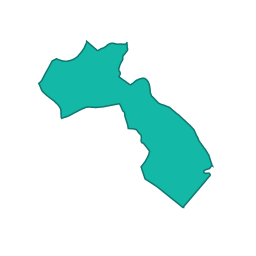 the district of Kaffrine, Kaffrine, Senegal, rotated 153°
{"feature_id": "50182788B43046627101076", "entity_name": "Kaffrine", "entity_type": "district", "adm_level": 2, "iso_a3": "SEN", "parent_name": "Senegal", "parent_adm1": "Kaffrine", "projection": "robinson", "projection_center": [-15.471, 14.163], "detail": "fine", "context": "isolated", "style": "filled", "palette": "teal", "viewbox_px": 256, "rotation_deg": 153, "n_neighbors": 0, "source": "geoboundaries", "source_scale": "gbopen_adm2", "svg_char_len": 5787}
<svg xmlns="http://www.w3.org/2000/svg" viewBox="0 0 256 256"><g transform="rotate(153 128 128)"><path d="M90.2,204.3L90.4,204.5L90.6,204.4L91.1,204.0L92.1,203.9L92.9,204.2L94.7,205.0L95.3,205.6L96.1,205.9L97.1,206.5L98.0,206.8L98.7,207.2L100.1,207.9L100.9,208.7L101.3,209.1L102.1,209.7L102.5,210.0L102.8,210.2L103.2,210.5L103.9,210.9L104.4,211.0L105.3,211.3L106.4,211.4L107.0,211.4L107.6,211.4L108.2,211.3L108.7,211.3L109.2,211.2L110.0,210.7L110.4,210.7L110.8,210.7L111.9,210.6L113.2,210.5L114.0,210.5L115.3,210.8L115.9,210.9L116.7,210.8L117.2,210.8L117.8,210.7L119.0,210.7L119.5,210.6L119.9,210.8L120.3,211.1L120.5,211.4L120.6,212.2L120.9,212.7L121.0,213.2L121.2,213.5L121.6,214.4L121.9,215.2L122.2,216.0L122.4,216.4L123.0,218.1L123.3,218.6L123.8,219.8L124.4,221.3L124.6,222.0L124.8,222.3L124.9,222.8L125.5,224.0L125.9,223.2L126.3,222.7L127.5,221.8L128.0,221.5L128.5,221.0L130.7,219.2L133.8,217.4L134.9,216.9L135.9,216.5L136.3,216.2L138.1,215.6L140.0,214.7L141.2,214.4L141.9,214.3L142.9,214.1L144.4,214.0L145.4,214.0L146.8,214.1L148.5,214.3L151.8,215.1L153.7,216.0L155.0,216.9L156.4,218.0L157.7,219.2L159.9,221.6L160.3,222.2L165.2,222.1L171.6,217.6L173.1,216.6L175.1,215.3L178.2,213.2L180.4,211.6L181.3,210.9L182.9,209.8L183.7,209.3L184.8,208.9L186.2,208.5L187.3,208.2L187.3,206.2L187.6,202.5L187.7,200.7L187.4,198.8L185.8,194.5L185.1,192.9L182.4,187.2L181.6,185.8L181.1,184.0L180.6,182.6L180.3,182.1L179.9,180.4L179.7,179.9L179.6,179.1L179.4,177.9L179.4,176.8L179.4,175.7L179.5,175.1L180.2,173.1L180.7,172.1L181.2,171.2L181.6,170.0L182.0,169.3L182.2,168.8L182.5,168.2L182.7,167.4L182.7,166.7L181.6,166.7L181.3,166.6L180.7,166.4L179.4,166.3L179.2,166.2L178.6,166.0L178.0,166.2L177.6,165.9L176.7,165.8L176.2,165.9L175.8,165.8L175.0,165.7L174.5,165.8L174.2,165.7L173.8,165.7L173.5,165.8L172.8,165.8L172.0,165.7L171.1,165.8L170.6,165.9L168.3,165.8L167.9,165.9L167.2,165.9L166.9,165.8L166.6,165.9L166.2,165.8L165.8,165.9L165.0,165.8L164.4,166.0L164.1,165.9L163.2,165.9L162.9,165.9L162.4,165.9L162.1,165.9L161.4,165.8L160.6,165.8L160.2,165.9L159.3,165.7L158.5,165.7L158.2,165.6L157.9,165.7L157.7,165.7L157.4,165.7L156.9,165.6L156.7,165.5L156.1,165.6L155.7,165.5L155.1,165.2L154.7,165.1L154.4,164.8L153.6,164.6L153.1,164.4L152.3,163.9L151.8,163.6L151.1,163.1L150.4,162.6L149.5,162.3L148.8,161.8L148.2,161.3L147.7,161.0L146.9,160.7L146.1,160.4L145.4,160.1L144.3,159.7L143.8,159.5L143.4,159.4L142.9,159.1L142.4,159.0L141.2,158.4L138.7,157.6L137.9,157.3L136.9,157.2L136.2,156.9L135.5,156.8L134.8,156.4L134.1,156.3L130.2,155.2L129.5,155.0L128.8,154.8L128.2,154.5L127.7,154.4L127.0,154.2L126.6,154.2L126.0,153.9L124.9,153.6L124.5,152.9L124.6,149.4L124.9,145.8L124.0,143.6L125.4,139.9L127.0,130.5L128.0,127.4L123.4,124.7L121.2,122.6L120.6,118.9L119.6,115.5L120.6,113.1L122.3,110.5L122.3,108.4L121.3,107.8L120.2,102.8L119.3,97.5L121.3,95.2L124.2,92.8L128.5,90.0L134.0,87.4L135.9,74.9L128.9,62.8L115.2,32.3L114.6,32.0L114.6,32.5L81.4,46.3L80.8,46.7L80.2,46.9L78.7,47.5L78.0,47.8L77.3,48.0L76.8,48.2L76.4,48.5L76.1,48.8L75.9,49.3L76.1,50.6L76.5,51.1L77.1,51.4L78.1,51.8L79.9,52.6L80.2,53.1L80.5,53.6L80.5,54.4L80.4,54.8L80.0,55.1L79.1,55.5L78.0,55.6L76.8,55.4L76.1,55.2L75.7,55.2L74.4,54.9L73.9,54.9L73.3,55.1L72.7,55.4L72.0,55.7L71.4,56.1L70.2,56.2L70.0,55.9L70.0,57.1L69.8,58.3L69.6,59.0L69.6,59.9L69.2,61.9L69.1,62.8L68.8,64.2L68.6,66.0L68.4,66.6L68.3,67.4L68.4,68.1L68.5,68.6L68.5,69.4L68.6,70.2L68.6,70.8L68.8,72.7L68.9,73.8L69.3,75.5L69.4,76.4L69.6,78.0L69.7,78.7L69.9,79.3L70.0,80.1L70.0,80.8L70.4,82.5L70.4,83.3L70.6,84.0L70.2,88.4L70.4,89.0L70.3,89.7L70.4,90.2L70.4,91.2L70.2,92.5L70.3,93.1L70.2,94.1L70.1,95.9L70.1,96.7L70.1,96.9L70.7,98.7L70.9,99.7L71.4,101.4L71.6,102.1L72.0,103.0L72.1,103.5L72.5,104.4L73.3,106.6L73.5,107.3L73.8,108.0L74.0,108.8L74.3,109.5L74.7,110.2L74.9,111.0L75.1,111.6L75.5,112.5L75.8,113.4L76.3,115.0L76.6,115.5L77.0,116.8L77.4,117.5L77.9,118.3L78.1,119.0L78.4,119.5L78.7,120.1L78.8,120.6L79.2,121.5L79.5,122.2L80.2,123.8L80.4,124.4L80.7,125.1L80.9,125.8L81.6,127.3L82.1,128.0L82.6,128.7L83.1,129.2L83.5,129.6L83.9,129.9L84.7,131.0L85.3,131.7L86.9,133.2L87.4,133.6L87.7,134.0L88.1,134.4L88.5,135.0L89.3,136.1L89.6,136.5L89.8,137.0L89.9,137.8L90.2,138.8L90.3,139.0L90.6,139.8L90.8,140.6L91.3,142.2L91.7,143.8L92.0,144.5L92.2,145.1L92.5,145.8L92.2,148.3L92.1,148.9L92.1,149.3L91.8,149.9L91.7,150.3L91.3,151.3L90.9,152.2L90.2,154.0L90.0,154.8L89.7,155.9L89.3,157.0L89.1,160.0L89.4,161.8L89.8,163.1L90.5,164.4L90.9,164.8L91.2,165.0L91.7,165.4L92.0,165.6L92.3,165.7L92.8,165.7L92.9,165.9L93.8,166.0L94.3,166.2L94.8,166.2L95.3,166.4L95.7,166.5L96.1,166.5L96.6,166.5L96.9,166.6L97.3,166.5L97.9,166.6L98.4,166.7L98.7,166.5L99.3,166.6L99.8,166.5L100.3,166.4L101.1,166.2L101.6,166.1L101.9,166.0L102.5,165.8L103.2,165.6L103.5,165.6L103.8,165.5L104.3,165.6L105.3,165.3L105.6,165.2L106.0,165.4L106.6,165.8L106.8,166.0L107.0,166.3L107.2,166.8L108.0,168.4L108.2,168.7L108.6,169.5L108.8,170.0L109.1,170.4L109.2,170.8L109.5,171.2L109.7,171.7L109.9,172.1L110.3,172.6L110.5,173.1L110.7,173.5L111.5,175.1L111.7,175.6L112.1,176.3L112.5,177.2L112.9,177.5L112.7,177.9L112.4,178.1L112.1,178.3L110.8,179.3L110.4,179.7L110.1,180.3L109.8,181.3L109.8,181.9L110.1,183.3L110.0,183.5L109.8,183.8L109.7,184.0L109.6,184.3L109.6,184.8L109.5,185.1L109.4,185.3L109.2,185.4L108.5,185.6L108.2,185.9L107.3,187.2L106.8,187.6L106.4,188.0L104.3,189.6L102.2,190.9L101.6,191.6L101.3,191.8L101.1,192.1L101.0,192.6L100.6,193.5L100.2,193.8L99.9,194.2L99.7,194.5L99.4,194.7L98.8,194.9L98.3,195.1L97.9,195.2L97.1,195.5L96.6,195.8L95.8,196.2L95.4,196.4L95.0,196.5L94.9,196.6L94.6,196.7L94.1,197.0L93.3,197.5L92.9,197.8L92.7,198.2L92.4,198.8L92.3,199.2L92.2,199.6L92.1,200.2L91.8,201.0L91.4,201.7L91.3,202.1L90.9,202.9L90.7,203.4L90.5,203.8L90.2,204.3Z" fill="#14b8a6" stroke="#0f766e" stroke-width="1.5"/></g></svg>